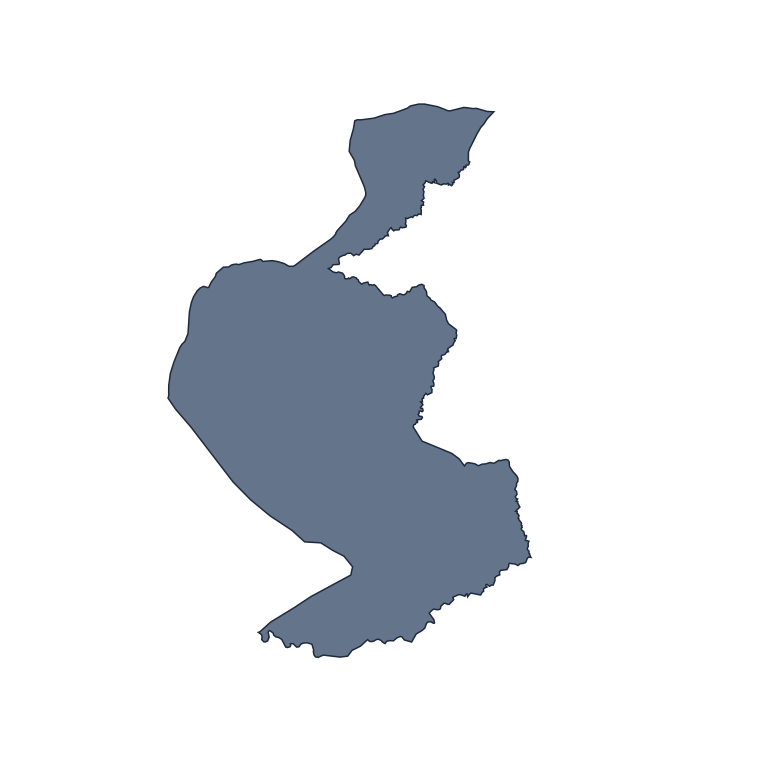 the district of Molqi, Gash Barka, Eritrea, rotated 323°
{"feature_id": "51966322B62181385469599", "entity_name": "Molqi", "entity_type": "district", "adm_level": 2, "iso_a3": "ERI", "parent_name": "Eritrea", "parent_adm1": "Gash Barka", "projection": "albers", "projection_center": [38.368, 14.994], "detail": "fine", "context": "isolated", "style": "filled", "palette": "slate", "viewbox_px": 768, "rotation_deg": 323, "n_neighbors": 0, "source": "geoboundaries", "source_scale": "gbopen_adm2", "svg_char_len": 6171}
<svg xmlns="http://www.w3.org/2000/svg" viewBox="0 0 768 768"><g transform="rotate(323 384 384)"><path d="M468.7,326.0L464.7,323.8L459.8,325.8L458.4,324.0L456.4,325.0L454.6,325.0L452.7,324.3L451.1,321.5L448.8,320.9L447.3,321.8L445.0,320.6L442.5,320.3L442.3,319.0L442.9,317.9L442.3,316.8L439.3,314.2L437.6,313.5L437.1,312.5L436.4,300.2L435.8,298.6L434.4,298.4L433.3,296.7L431.7,295.8L432.4,292.8L428.2,291.0L426.3,290.9L425.4,287.2L426.1,285.5L425.5,283.7L425.8,282.7L423.9,279.9L422.8,279.3L420.2,279.4L419.5,278.0L418.2,278.1L416.6,276.8L416.2,276.0L417.5,273.8L417.6,270.5L414.9,267.0L413.0,266.6L410.7,263.8L409.1,258.3L411.8,259.2L415.1,258.1L420.0,261.4L420.8,261.0L423.1,256.7L424.7,255.9L428.4,256.6L430.6,257.6L433.1,257.5L436.3,259.6L437.0,263.3L439.9,263.6L441.6,266.0L449.3,264.5L452.6,267.0L455.7,268.5L458.1,267.7L460.0,267.9L461.3,266.8L463.5,268.0L465.3,266.4L468.1,266.0L470.2,267.3L474.8,266.6L476.7,268.3L478.0,265.0L483.4,263.2L483.9,263.6L483.5,265.3L484.0,267.6L485.0,267.3L488.7,269.9L491.6,268.5L492.6,270.3L496.0,271.9L497.3,270.9L497.3,269.1L498.9,267.9L501.2,264.5L502.2,266.0L506.6,267.0L507.2,268.3L509.0,267.6L510.8,268.2L511.6,269.4L514.2,269.1L515.7,271.0L518.6,267.3L519.0,265.6L520.1,265.5L521.2,263.8L523.2,265.0L523.6,263.8L525.2,262.5L524.2,260.1L527.8,259.8L529.0,257.0L531.7,254.4L532.1,252.3L535.1,250.8L535.0,248.6L538.0,248.0L539.6,246.9L542.7,252.2L543.6,252.6L544.4,251.6L545.6,253.8L547.2,250.9L548.0,251.0L548.1,253.3L546.8,255.1L548.9,258.7L550.0,259.7L551.9,259.9L554.2,262.0L555.7,262.1L556.0,262.5L555.2,263.9L556.7,264.2L557.2,266.2L557.9,266.3L559.5,265.7L560.0,264.2L561.3,265.2L562.3,263.4L567.8,264.3L568.8,263.9L570.1,262.4L570.6,259.7L571.9,260.3L573.9,259.5L576.5,260.6L578.4,258.5L579.1,259.0L579.1,260.2L580.3,260.0L581.0,258.7L583.5,259.9L586.1,258.2L585.6,256.7L591.1,249.5L594.4,247.4L609.3,240.0L615.8,237.3L620.0,236.5L626.3,234.2L635.5,232.7L630.3,228.3L623.6,219.4L620.8,217.6L615.6,212.4L614.0,211.1L601.1,205.6L599.6,204.3L593.8,194.9L585.0,185.0L580.3,181.4L572.4,177.8L568.5,177.8L554.4,173.5L547.1,169.5L535.9,165.6L524.6,159.2L521.7,156.9L519.1,156.2L513.0,161.9L503.6,169.1L496.2,177.2L494.9,187.6L492.4,192.7L487.0,214.7L484.7,220.0L483.0,222.2L481.1,223.4L472.2,227.0L465.0,228.8L458.2,228.4L451.4,231.0L439.2,233.3L436.4,234.4L435.8,235.1L432.6,235.9L428.5,236.3L407.4,235.6L384.3,235.7L382.2,235.3L378.9,232.7L376.8,227.8L372.5,221.9L368.8,218.1L361.0,213.2L360.8,211.1L360.0,209.9L353.0,207.1L345.3,203.1L340.0,201.3L338.1,199.3L335.5,197.8L333.4,197.1L330.4,197.1L326.0,194.0L316.9,194.6L313.6,196.9L307.7,198.5L302.2,201.3L301.3,201.0L298.6,197.4L294.9,196.7L290.8,197.2L284.4,199.7L278.8,203.3L271.9,209.4L257.9,225.7L250.7,230.1L246.4,230.7L242.5,232.2L229.5,240.0L219.7,247.0L211.2,255.6L204.9,263.9L203.0,265.3L202.4,278.6L203.9,301.9L204.5,371.6L207.8,396.3L213.7,420.9L222.4,445.5L225.6,462.3L237.9,472.8L242.9,486.0L248.4,497.4L248.9,511.1L242.5,516.6L197.7,509.8L176.8,508.5L150.1,505.9L135.9,507.2L134.2,506.7L135.3,510.3L134.6,512.4L132.5,514.6L132.8,517.5L134.0,518.6L136.4,519.2L140.0,517.0L142.1,512.5L143.7,512.0L144.5,512.5L145.6,516.3L144.8,518.1L145.4,520.8L147.4,523.2L148.6,526.5L147.2,535.0L148.4,536.4L150.9,537.3L152.2,536.6L152.9,535.1L155.1,536.6L155.9,541.6L157.9,542.7L161.1,541.8L163.3,542.2L167.0,544.5L169.5,548.0L169.7,548.8L167.7,554.2L166.5,555.2L165.0,558.4L165.0,560.7L167.0,562.7L172.4,564.0L184.5,575.6L191.2,579.5L198.2,577.5L207.4,579.2L217.1,578.3L217.6,580.9L218.8,582.0L220.9,583.2L224.1,583.5L225.8,584.3L227.4,587.2L227.4,589.0L228.6,591.9L231.4,591.1L234.3,592.5L237.0,594.8L241.6,594.5L245.1,595.5L246.1,596.7L246.2,600.7L250.8,606.7L259.4,603.0L266.1,603.8L269.7,603.5L273.7,600.9L275.6,600.4L278.3,602.0L279.4,604.6L280.0,605.3L280.7,605.1L282.0,602.1L282.2,594.2L286.5,593.5L288.2,593.7L290.9,596.5L292.7,597.4L293.8,597.4L295.7,595.7L299.7,595.2L300.8,595.8L302.4,598.5L303.4,599.2L309.9,598.2L310.5,595.7L316.6,597.1L318.3,598.3L320.9,602.2L323.2,601.2L324.0,601.6L322.7,604.3L326.1,603.3L327.8,603.5L334.2,610.7L337.4,609.3L338.7,609.6L340.4,607.3L344.1,608.1L343.7,606.6L344.7,605.6L345.5,605.8L346.6,609.1L349.2,609.4L350.2,610.3L354.3,607.8L356.1,605.4L358.3,605.2L361.6,606.1L363.1,603.6L365.1,603.1L370.4,606.2L374.0,604.6L375.0,603.1L376.2,602.7L380.5,606.9L381.7,609.6L384.6,609.5L387.2,611.1L389.8,611.8L393.7,609.4L395.4,609.4L397.0,611.0L397.5,608.2L398.1,607.5L397.9,606.4L399.2,604.7L398.9,603.5L399.3,601.7L401.7,600.3L402.9,598.3L405.1,596.7L402.8,593.9L406.4,591.3L406.5,590.6L405.0,589.8L406.8,586.0L406.1,583.3L406.8,581.8L408.1,581.7L408.2,580.8L408.9,580.4L408.7,579.3L410.1,577.9L410.1,573.3L410.8,572.4L410.4,571.8L412.6,570.5L412.8,568.4L412.3,567.5L413.6,566.0L412.5,564.9L418.5,564.0L419.1,559.5L420.0,558.5L419.0,557.3L421.5,556.3L420.6,555.2L421.0,553.0L423.8,552.2L425.3,549.3L424.9,547.1L428.8,544.8L430.3,542.8L432.1,542.5L434.1,540.2L434.7,537.4L434.2,531.0L434.6,525.4L437.1,521.5L437.3,519.6L436.0,517.6L430.6,515.1L429.9,514.1L424.1,513.5L421.4,510.5L417.4,509.1L414.0,507.0L410.2,506.1L408.4,502.2L404.2,497.7L402.2,496.9L398.9,497.8L399.0,489.2L396.4,480.3L380.0,452.5L381.5,435.9L383.4,434.4L384.8,435.0L386.8,434.1L387.6,434.9L388.4,433.9L388.2,432.6L388.7,432.4L392.6,434.7L394.6,433.8L394.7,432.8L392.8,430.9L392.9,429.0L394.2,428.7L395.9,426.8L396.6,427.1L397.8,429.1L399.1,428.9L400.1,426.6L398.9,425.7L399.2,424.5L402.3,424.1L402.8,423.6L402.5,420.4L404.0,421.4L405.6,418.6L407.0,419.2L408.1,417.8L411.7,416.7L412.2,418.8L417.0,419.7L419.0,417.4L419.5,414.6L420.4,414.3L422.2,415.7L423.1,415.1L424.5,412.8L424.7,410.8L426.7,410.3L428.3,408.9L429.9,404.6L432.9,402.2L433.3,401.0L438.2,402.3L440.3,400.1L440.7,398.8L445.3,398.6L446.2,396.6L447.4,395.9L450.3,397.0L453.2,396.3L455.0,397.0L455.3,396.5L454.8,395.6L455.6,395.4L456.3,394.1L462.5,394.4L465.0,392.8L467.0,392.3L467.1,390.3L467.6,390.0L468.9,391.1L471.2,389.1L472.6,386.2L474.2,385.1L474.4,384.2L471.8,374.7L472.5,370.6L475.0,365.2L474.4,356.5L473.7,354.4L473.8,349.0L472.0,345.1L472.4,343.3L471.4,339.3L473.6,335.6L473.9,331.3L475.2,329.5L474.2,327.1L470.9,325.8L468.7,326.0Z" fill="#64748b" stroke="#1e293b" stroke-width="1.5"/></g></svg>